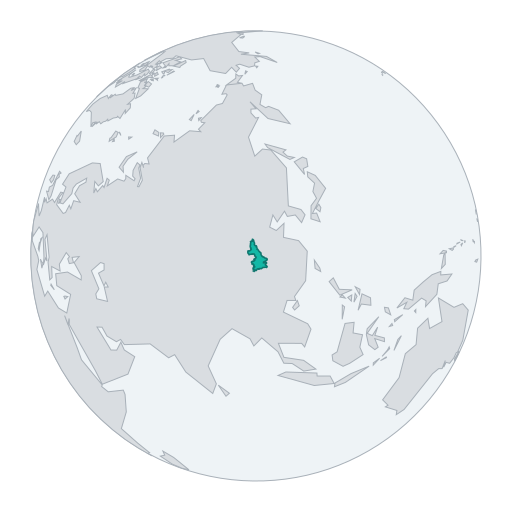 the Earth from above Shaanxi, rotated 324°
{"feature_id": "CHN-1804", "entity_name": "Shaanxi", "entity_type": "Province", "adm_level": 1, "iso_a3": "CHN", "parent_name": "China", "parent_adm1": "", "projection": "orthographic", "projection_center": [108.8, 35.643], "detail": "fine", "context": "on_globe", "style": "filled", "palette": "teal", "viewbox_px": 512, "rotation_deg": 324, "n_neighbors": 0, "source": "natural_earth", "source_scale": "10m", "svg_char_len": 15980}
<svg xmlns="http://www.w3.org/2000/svg" viewBox="0 0 512 512"><g transform="rotate(324 256 256)"><circle cx="256" cy="256" r="225" fill="#eef3f6" stroke="#a8b0b8"/><path d="M460.9,347.3L460.6,348.4L460.4,348.7L460.9,347.3ZM393.8,77.8L393.5,77.6L376.7,67.5L375.8,66.1L371.9,64.4L372.8,66.2L374.3,68.0L361.9,68.9L362.3,80.5L369.9,87.7L362.4,83.9L381.8,100.7L386.9,111.9L376.6,97.2L372.0,94.3L373.1,100.5L368.6,99.0L366.6,101.3L361.2,99.1L355.6,91.3L352.0,90.0L353.0,94.5L348.1,95.7L347.2,89.0L338.7,90.5L327.8,79.1L329.7,65.5L319.1,59.5L309.0,47.0L305.3,47.3L299.2,43.6L292.7,42.7L292.6,41.2L287.5,41.8L288.8,43.4L286.9,44.4L283.2,44.2L282.5,42.0L284.3,41.8L282.1,41.1L283.4,40.2L280.7,40.6L280.3,38.4L275.2,40.3L270.3,38.4L271.5,37.1L278.5,37.5L298.9,37.3L302.3,37.1L300.1,35.8L280.7,32.1L281.3,32.1L298.6,34.8L315.7,38.8L332.5,44.1L348.7,50.7L364.4,58.5L379.5,67.6L393.8,77.8ZM275.0,31.5L275.5,31.6L267.6,31.2L270.9,32.0L268.1,32.1L268.6,33.3L260.8,33.0L252.9,32.3L252.1,31.5L248.7,31.4L243.2,32.4L235.6,31.8L220.6,33.5L238.7,31.4L256.9,30.7L275.0,31.5ZM468.1,184.7L466.4,181.1L467.0,181.1L468.1,184.7ZM465.6,180.6L466.2,181.4L465.8,181.0L465.6,180.6ZM465.5,181.3L465.6,180.8L465.7,181.8L465.5,181.3ZM465.6,182.9L465.5,181.9L465.6,182.1L465.6,182.9ZM465.0,184.1L464.7,184.3L464.5,182.9L465.0,184.1ZM375.7,69.2L373.2,66.5L374.1,65.7L376.7,68.0L375.7,69.2ZM373.4,71.9L371.0,69.8L375.6,71.1L375.5,71.8L373.4,71.9ZM376.4,93.6L375.2,90.4L377.9,94.1L376.4,93.6ZM367.3,102.1L369.0,103.6L367.2,104.2L367.3,102.1ZM272.8,33.5L270.8,33.4L271.7,33.2L272.8,33.5ZM275.0,34.3L277.6,34.1L279.1,34.5L277.4,34.5L275.0,34.3ZM357.3,101.6L353.8,102.4L356.4,100.1L357.3,101.6ZM271.4,34.4L281.3,35.2L283.7,35.9L279.5,36.9L271.4,34.4ZM351.2,102.0L343.0,104.6L346.2,108.0L332.6,100.3L344.1,100.3L346.7,96.9L347.8,100.2L351.2,102.0ZM290.8,44.1L289.2,42.3L293.9,44.1L290.8,44.1ZM294.2,45.0L311.3,50.0L311.7,52.8L305.9,50.4L309.1,54.6L300.9,53.5L297.3,50.9L298.7,49.2L294.5,50.2L294.2,45.0ZM326.3,95.9L323.5,95.6L325.4,94.5L326.3,95.9ZM286.5,44.9L289.9,45.5L290.5,48.0L283.8,47.3L285.8,46.7L286.5,44.9ZM314.0,56.5L313.2,58.4L306.4,58.0L305.2,58.7L300.8,53.8L314.0,56.5ZM283.8,46.0L280.4,46.9L276.7,45.7L283.2,44.6L283.8,46.0ZM293.5,49.0L293.5,50.2L291.3,49.2L293.5,49.0ZM261.9,42.5L265.9,42.7L266.6,43.9L261.9,42.5ZM279.3,47.4L280.6,47.8L281.3,48.4L278.4,48.8L279.3,47.4ZM296.2,54.0L293.5,53.5L297.7,55.9L292.7,56.0L290.7,52.8L289.5,54.2L288.0,54.3L288.0,51.6L296.2,54.0ZM277.6,51.2L273.3,47.6L265.6,46.7L264.8,45.5L277.3,47.3L277.6,51.2ZM283.7,51.6L279.7,51.0L280.8,49.6L284.1,49.2L283.7,51.6ZM290.1,57.3L298.2,58.0L298.4,58.7L290.1,57.3ZM275.1,51.1L276.2,52.0L274.5,51.2L275.1,51.1ZM285.3,55.6L288.1,55.7L288.2,56.5L285.3,55.6ZM276.0,53.9L274.7,52.6L276.9,52.2L276.0,53.9ZM280.1,54.9L279.6,56.0L278.5,52.8L281.4,54.7L280.1,54.9ZM284.9,56.4L285.9,56.9L283.7,56.2L284.9,56.4ZM268.4,56.4L266.5,52.6L271.4,51.5L272.6,55.4L268.4,56.4ZM87.9,106.0L90.0,104.4L84.0,112.1L79.3,128.1L77.5,132.0L70.8,138.1L61.4,164.3L66.9,162.0L65.6,181.9L69.4,190.9L83.5,178.1L77.4,162.9L83.5,152.6L94.1,158.2L100.5,172.6L103.1,169.2L105.0,154.4L112.6,152.5L106.4,149.0L104.4,154.2L100.5,152.4L102.1,147.6L104.7,146.9L104.5,141.7L92.1,147.0L88.7,153.0L84.5,144.4L78.4,153.6L75.1,154.1L84.1,138.8L87.9,135.4L99.5,115.9L95.1,118.4L83.9,137.3L84.6,133.9L78.6,138.4L83.8,132.3L97.4,111.8L97.6,105.0L87.3,109.0L89.6,105.0L96.4,97.3L110.9,85.7L104.0,96.2L109.0,93.1L119.5,84.1L116.5,88.3L119.9,86.2L118.2,90.2L124.8,90.4L124.4,94.3L135.6,89.6L137.0,91.2L129.9,93.3L124.9,97.3L125.0,108.2L127.5,108.9L134.8,105.2L133.9,109.0L141.0,104.1L145.3,109.2L145.9,99.1L154.5,95.4L161.8,96.3L164.8,93.5L152.9,92.2L148.0,93.5L143.6,97.3L130.5,100.3L128.6,97.8L142.8,88.5L141.7,84.2L153.2,79.7L178.3,84.5L184.3,89.6L176.1,106.0L169.7,106.6L169.4,100.9L161.7,109.7L166.1,107.3L165.4,110.8L173.4,108.9L173.3,111.3L181.2,105.6L181.9,108.4L176.9,111.9L189.4,112.4L193.2,117.9L196.1,116.9L198.1,114.2L201.6,123.5L203.6,122.4L203.2,118.9L206.9,114.5L214.8,110.7L215.6,114.1L212.8,115.9L208.3,125.3L200.9,130.2L202.0,131.2L208.6,127.9L214.2,116.4L218.7,113.2L217.0,118.5L217.9,116.3L220.4,115.8L223.6,118.7L225.9,112.9L252.3,105.0L261.1,110.4L256.6,115.6L275.9,115.7L284.4,123.0L284.0,119.6L292.9,118.1L290.4,115.7L290.9,114.0L312.7,110.6L318.5,112.9L327.4,108.7L327.2,107.1L323.5,105.1L332.6,100.3L346.2,108.0L345.9,111.1L354.7,114.3L352.8,121.3L355.4,129.0L348.3,135.7L351.0,141.7L354.1,142.3L360.0,151.4L361.3,169.0L346.5,151.8L341.8,127.7L342.5,136.9L338.2,134.2L336.0,137.3L336.8,144.2L339.5,145.4L319.8,155.4L313.7,174.5L324.1,173.3L330.3,179.0L332.4,202.6L311.6,234.5L319.7,244.8L319.9,251.5L312.5,255.8L311.9,245.9L304.6,242.4L305.4,236.5L293.2,240.9L293.8,232.7L284.0,240.7L287.4,247.3L297.9,246.0L289.2,257.1L299.5,268.6L300.3,282.2L281.6,305.2L263.3,311.4L262.1,315.4L255.0,310.2L245.2,317.5L258.0,341.2L257.5,347.5L241.9,358.2L241.6,353.5L222.8,339.8L219.0,354.4L233.2,368.4L238.0,382.7L227.0,377.2L222.1,364.3L215.5,359.1L217.5,346.4L212.5,325.7L201.4,327.5L202.5,319.5L193.9,300.7L178.1,302.3L152.7,316.8L148.8,336.1L140.2,341.8L131.0,308.6L132.2,288.0L125.5,287.0L118.7,264.9L97.4,250.3L97.4,243.9L92.7,243.3L88.4,233.2L89.6,223.1L85.6,220.0L83.4,246.8L88.0,250.3L96.0,246.3L94.2,254.6L98.7,266.2L83.0,276.3L56.3,269.4L58.7,254.0L64.7,201.5L67.4,198.1L67.6,197.6L68.0,196.6L63.4,201.4L66.1,191.7L57.4,225.2L53.8,237.4L55.8,269.9L54.4,270.9L56.6,279.0L69.8,286.5L68.7,291.0L59.4,305.9L45.6,316.5L50.3,337.8L54.3,352.6L52.2,352.0L54.4,356.6L47.9,342.2L42.3,327.4L37.9,312.3L34.5,296.9L32.1,281.3L30.9,265.5L30.8,249.8L31.8,234.0L33.9,218.4L37.1,202.9L41.3,187.7L46.6,172.8L53.0,158.4L60.3,144.4L68.6,131.0L77.8,118.2L87.9,106.0ZM102.0,197.0L109.2,205.5L115.0,191.9L118.2,194.2L119.0,188.9L115.4,190.9L118.5,177.3L124.9,178.0L128.6,172.9L126.4,169.9L114.2,171.1L109.6,190.2L104.1,192.5L102.0,197.0ZM140.6,72.5L137.1,75.3L133.4,76.4L133.9,73.0L139.3,71.2L140.6,72.5ZM133.0,79.3L146.9,72.0L147.1,74.3L144.6,74.1L143.4,76.4L139.1,76.8L125.6,86.9L121.5,88.7L124.7,80.4L126.0,81.9L129.3,78.8L133.0,79.3ZM182.1,54.0L188.1,52.2L180.8,59.4L176.0,60.3L176.2,56.5L182.0,53.3L182.1,54.0ZM262.1,36.7L264.8,36.5L265.0,37.0L262.8,37.5L262.1,36.7ZM263.7,42.5L250.1,38.4L252.6,37.8L241.6,36.7L243.9,35.0L251.0,35.6L244.5,33.9L251.8,33.8L246.7,32.9L262.1,34.5L268.4,34.8L260.5,35.0L258.2,36.4L259.1,37.2L266.3,39.6L278.7,41.5L278.4,43.8L274.9,44.9L271.9,44.8L273.0,43.2L268.2,44.2L267.5,42.0L263.7,42.5ZM234.0,63.8L236.6,60.8L226.8,64.8L226.1,61.6L225.0,62.2L221.6,60.5L215.6,59.7L216.4,58.2L213.7,58.6L211.4,57.7L208.1,57.8L208.2,55.2L204.1,55.3L206.5,54.1L199.3,55.0L204.7,53.2L202.3,52.2L198.3,54.5L207.3,42.9L206.9,40.3L203.6,39.4L213.2,37.2L222.5,37.0L230.1,38.6L229.1,41.8L233.7,40.5L234.6,41.8L230.6,42.3L237.2,42.4L236.9,43.6L243.7,46.7L253.4,46.7L256.2,48.1L252.2,48.7L257.7,49.7L252.0,52.0L253.9,53.1L250.1,56.8L241.3,57.8L244.0,59.1L241.3,62.3L234.0,63.8ZM267.1,57.4L256.8,58.7L251.3,57.8L260.2,51.9L259.3,50.5L264.8,47.3L272.5,48.8L270.3,49.6L269.9,50.7L267.6,49.7L269.1,51.3L266.0,52.5L266.3,54.2L262.9,54.1L267.1,57.4ZM79.8,131.8L79.3,134.1L79.3,136.8L75.6,140.0L79.8,131.8ZM88.8,117.7L88.9,118.9L83.6,124.2L84.2,122.0L88.8,117.7ZM93.5,115.4L89.3,118.6L91.9,115.6L93.5,115.4ZM130.5,94.5L131.2,95.8L129.5,97.0L127.0,97.6L130.5,94.5ZM204.6,76.9L207.0,74.8L208.3,75.1L216.0,72.5L217.1,75.0L212.9,77.5L204.6,76.9ZM79.9,178.2L76.2,178.6L76.8,175.7L77.9,176.1L79.9,178.2ZM73.7,158.3L73.0,164.8L72.7,159.1L73.7,158.3ZM207.1,79.1L210.2,77.7L208.9,79.9L207.1,79.1ZM218.3,76.7L217.5,79.1L218.1,75.0L218.3,76.7ZM71.0,370.6L76.1,389.6L71.3,384.1L65.9,375.1L61.0,361.7L65.1,363.5L66.0,359.1L71.0,370.6ZM295.2,413.8L302.0,414.2L301.8,414.9L295.2,413.8ZM288.1,411.4L295.9,411.4L286.7,413.2L288.1,411.4ZM299.0,411.3L306.9,409.4L310.3,407.8L309.7,409.5L299.0,411.3ZM282.8,411.6L254.0,410.8L242.6,407.9L245.3,405.2L263.7,407.0L282.8,411.6ZM244.3,405.1L227.0,395.0L203.6,365.6L212.0,367.4L236.5,386.5L234.9,389.0L245.4,396.7L244.3,405.1ZM286.4,390.8L284.7,398.7L268.8,397.9L261.6,396.4L256.6,385.9L259.4,380.8L265.3,381.2L288.4,362.9L296.4,367.3L289.3,375.3L295.9,382.3L286.4,390.8ZM149.6,338.3L153.8,351.4L149.3,351.8L149.6,338.3ZM297.8,349.2L288.5,357.9L297.0,346.4L297.8,349.2ZM303.0,338.2L303.5,342.6L299.8,338.5L303.0,338.2ZM261.7,321.7L255.5,322.4L255.4,319.1L263.3,316.4L261.7,321.7ZM300.8,293.6L300.5,303.3L299.2,306.6L296.5,300.8L300.8,293.6ZM221.1,101.9L209.1,102.4L201.2,105.2L198.0,110.3L197.4,103.7L209.6,99.4L221.1,101.9ZM248.3,104.1L251.1,100.2L253.4,102.1L253.0,103.3L248.3,104.1ZM247.6,101.6L244.6,96.5L248.4,94.5L250.0,98.9L247.6,101.6ZM225.4,86.8L221.7,86.7L222.9,84.8L225.4,86.8ZM354.8,457.9L356.2,456.0L364.3,452.4L359.6,455.6L354.8,457.9ZM329.6,455.0L285.6,467.2L276.2,466.8L279.2,463.8L272.0,454.1L275.1,454.3L273.9,446.8L300.3,438.5L319.4,422.8L333.4,421.8L344.3,409.4L358.5,407.4L353.8,416.7L367.9,418.4L378.9,397.2L386.0,413.9L395.2,416.1L395.9,424.5L373.8,445.7L362.6,452.2L361.1,452.0L356.2,454.7L349.6,456.6L347.3,453.8L342.4,456.3L347.7,451.8L340.4,456.5L337.6,454.5L329.6,455.0ZM429.8,389.2L431.4,388.4L433.6,388.9L430.9,390.7L429.8,389.2ZM456.5,355.9L456.8,356.2L455.3,358.6L456.5,355.9ZM460.4,348.7L458.6,351.9L460.9,347.3L460.4,348.7ZM440.6,372.3L441.3,372.6L440.5,373.6L440.6,372.3ZM439.9,372.4L441.2,369.8L440.8,371.7L439.9,372.4ZM432.5,368.1L433.7,366.4L434.1,366.9L432.5,368.1ZM312.1,413.5L321.7,406.9L326.8,405.9L312.1,413.5ZM431.0,366.9L428.2,368.4L428.6,367.1L431.0,366.9ZM431.3,364.2L431.1,362.9L432.7,365.5L431.3,364.2ZM426.1,363.8L429.4,364.7L425.6,364.3L426.1,363.8ZM424.0,365.3L421.4,365.3L421.6,364.7L424.0,365.3ZM394.3,379.9L403.9,385.7L395.9,388.5L387.1,385.6L379.8,393.3L363.4,396.6L367.3,392.2L365.2,387.4L348.1,388.6L344.6,385.5L350.8,382.1L339.4,380.9L351.9,377.3L356.9,383.9L363.9,376.6L375.9,375.3L387.4,374.6L396.5,377.1L394.3,379.9ZM351.8,393.6L353.9,393.2L352.0,395.7L351.8,393.6ZM416.6,363.7L420.3,365.4L419.8,366.5L418.0,366.8L416.6,363.7ZM398.6,375.1L408.5,365.5L410.7,364.7L404.2,374.0L398.6,375.1ZM406.2,362.4L410.7,361.5L413.0,364.0L412.0,365.3L406.2,362.4ZM326.3,390.5L325.7,392.6L322.5,391.4L326.3,390.5ZM330.5,388.8L340.3,389.7L329.6,390.7L330.5,388.8ZM300.5,383.9L303.3,388.8L312.6,385.0L305.5,390.1L311.7,397.7L309.6,400.8L303.5,392.6L301.2,401.6L297.1,401.6L294.9,394.1L299.1,384.4L303.2,380.2L319.7,377.3L300.5,383.9ZM330.4,382.8L327.8,377.2L329.8,373.0L332.6,375.8L330.4,382.8ZM320.0,363.4L313.0,356.8L306.7,359.9L319.5,348.9L324.1,357.1L320.0,363.4ZM314.1,348.0L308.1,350.9L314.2,344.6L314.1,348.0ZM306.6,348.5L305.9,343.4L310.6,343.8L306.6,348.5ZM317.1,348.0L318.2,339.2L320.6,344.1L317.1,348.0ZM303.8,331.9L313.9,339.9L300.8,336.9L300.1,319.7L305.7,319.1L303.8,331.9ZM333.8,257.8L332.3,252.7L337.3,251.0L336.9,255.0L333.8,257.8ZM352.1,242.2L338.1,248.9L326.6,254.8L330.3,256.9L328.0,266.0L322.3,258.2L330.1,247.7L338.9,244.9L339.9,237.3L346.2,231.5L344.4,222.4L347.0,218.0L351.3,225.6L352.1,242.2ZM343.2,218.6L342.3,202.3L351.8,203.3L354.1,207.1L350.6,214.0L345.7,213.0L343.2,218.6ZM344.9,198.8L340.2,197.8L329.1,175.1L329.1,170.7L342.6,187.7L338.9,187.8L340.0,193.5L344.9,198.8ZM324.5,97.4L323.6,95.8L326.0,97.0L324.5,97.4ZM289.3,112.8L290.4,110.7L293.1,111.9L289.3,112.8ZM294.9,105.7L291.0,105.7L294.7,104.2L294.9,105.7ZM282.3,106.4L289.2,105.1L283.1,108.4L282.3,106.4Z" fill="#d9dde1" stroke="#a8b0b8" stroke-width="1"/><path d="M257.8,271.5L257.6,271.4L257.3,270.9L257.1,270.7L256.9,270.5L256.0,270.1L255.8,270.0L255.5,269.9L255.3,269.6L255.1,269.5L255.0,269.4L254.9,269.3L254.6,269.3L254.3,269.3L254.2,269.3L253.8,269.4L253.6,269.4L253.4,269.5L252.8,269.4L252.6,269.1L252.4,268.9L252.2,268.8L252.1,268.7L251.8,268.7L251.6,268.7L251.5,268.2L251.3,268.2L250.9,268.5L250.7,268.5L250.3,268.2L250.3,267.9L250.4,267.7L250.2,267.5L249.5,267.4L249.1,267.3L248.8,267.6L248.5,267.6L248.2,267.7L247.7,267.9L247.1,267.6L246.9,267.4L246.9,267.2L247.1,266.9L246.9,266.8L246.3,266.9L246.2,266.9L246.1,267.2L245.8,267.2L245.5,267.4L245.4,267.4L245.3,267.0L245.1,266.6L245.7,266.7L245.9,266.6L246.1,266.4L246.3,266.4L246.5,266.1L246.4,265.6L246.5,265.4L246.3,265.3L246.0,265.1L245.9,265.0L245.9,264.8L245.9,264.7L246.1,264.6L246.3,264.3L246.7,264.1L246.8,264.0L246.8,263.9L247.1,263.8L247.2,264.0L247.4,264.1L247.8,263.9L248.0,263.9L248.3,263.9L248.3,264.1L248.6,264.1L248.7,263.9L248.6,263.7L248.4,263.5L248.3,263.1L248.5,262.9L248.4,262.9L248.2,262.7L248.5,262.2L248.6,261.9L248.8,261.8L248.7,261.4L249.0,261.4L249.1,261.2L249.1,260.9L249.0,260.7L248.9,260.6L248.7,260.4L248.1,260.3L248.0,260.2L248.2,259.9L248.3,259.6L248.5,259.5L248.6,259.3L248.7,259.2L248.6,258.7L248.6,258.4L248.9,258.1L249.0,258.1L249.5,258.1L249.9,258.1L250.0,258.2L250.4,258.3L250.5,258.6L250.9,258.9L251.1,258.8L251.2,258.7L251.3,258.8L251.6,258.7L251.8,258.8L252.0,258.6L252.5,258.7L252.9,258.6L252.9,258.4L252.7,258.2L252.4,257.6L252.6,257.5L252.6,257.4L253.0,257.4L253.2,257.5L253.3,257.6L253.9,257.4L254.1,257.4L254.3,257.5L254.6,257.4L254.9,257.5L255.0,257.4L255.4,257.0L255.4,256.4L255.2,256.1L255.1,255.9L255.1,255.4L255.0,255.1L255.3,254.9L255.4,254.7L255.5,254.7L255.7,254.1L255.7,253.9L255.5,253.7L255.7,253.4L255.7,253.2L255.4,252.9L255.2,252.8L254.8,252.8L254.7,252.7L254.6,252.4L254.3,252.4L254.2,252.2L254.0,252.4L253.6,252.2L253.3,251.9L253.1,251.6L252.7,251.4L252.3,251.3L252.1,251.3L252.0,251.2L251.9,251.1L251.7,251.1L251.2,251.0L251.3,250.7L251.2,250.5L251.4,250.0L251.3,249.6L251.1,249.4L251.2,248.9L251.4,248.6L251.4,248.4L251.8,247.9L251.9,247.7L252.3,247.6L252.5,247.5L252.5,247.3L253.2,247.5L253.3,247.6L253.5,247.9L253.5,248.0L254.2,248.1L254.5,248.2L255.1,248.0L255.5,248.1L255.9,248.0L255.9,247.9L255.9,247.6L255.9,247.1L256.0,247.0L256.1,246.8L256.4,247.1L256.6,246.8L256.7,246.4L256.5,246.1L256.5,245.9L256.6,245.6L256.6,245.4L256.8,245.1L257.1,244.8L257.1,244.6L257.6,244.3L257.6,244.1L257.8,244.0L257.8,243.8L258.0,243.6L258.3,243.6L258.4,243.4L258.6,243.2L258.7,242.8L259.1,242.6L259.2,242.4L259.5,242.1L260.2,241.7L260.0,241.2L260.3,241.1L260.5,241.4L260.7,241.5L260.8,241.5L260.9,241.4L261.2,241.3L261.3,241.4L261.5,241.7L261.6,241.8L261.7,241.7L261.9,241.4L262.2,240.9L262.4,240.8L262.6,240.6L262.9,240.5L263.0,240.4L263.1,240.5L262.8,241.1L263.0,241.2L263.1,241.3L263.3,241.4L263.4,241.5L263.2,242.0L263.1,242.5L262.7,242.7L262.6,242.8L262.7,243.1L262.7,243.5L262.4,244.2L262.5,244.4L262.4,244.6L262.3,244.9L262.1,245.0L261.9,245.3L261.5,245.6L261.5,245.8L261.3,245.9L261.3,246.0L261.3,246.3L261.3,246.9L261.5,247.0L261.8,247.4L262.0,247.6L261.9,247.8L262.2,247.9L262.2,248.0L262.2,248.4L262.1,248.5L262.0,248.8L261.9,248.9L261.7,249.0L261.9,249.2L261.8,249.5L261.7,249.6L261.4,250.0L261.3,250.3L261.2,250.4L261.1,250.5L260.9,250.6L261.0,250.6L261.1,250.8L261.0,251.0L260.9,251.1L261.1,251.2L261.0,251.3L261.0,251.5L261.1,251.8L261.3,252.2L261.4,252.5L261.3,253.2L261.3,253.5L261.2,253.8L261.2,254.0L261.4,254.6L261.4,255.0L261.5,255.0L261.7,255.7L261.8,256.0L261.8,256.3L261.6,256.5L261.6,256.8L261.4,256.9L261.2,257.3L261.0,257.5L260.9,257.7L260.9,258.1L260.7,258.7L260.7,259.0L260.6,259.3L260.7,259.8L260.8,259.9L260.8,260.0L261.0,260.0L261.0,260.4L260.9,260.5L261.0,260.7L261.1,260.8L261.4,260.9L261.4,261.0L261.3,261.4L261.5,261.5L261.9,261.8L261.8,262.2L261.9,262.3L262.0,262.5L261.9,262.8L262.0,263.0L262.4,263.2L262.5,263.4L262.5,263.5L262.8,263.8L263.1,264.0L263.2,264.3L263.2,264.6L263.3,264.8L263.1,265.3L262.9,265.5L262.6,265.6L262.4,265.8L262.1,265.8L262.0,265.7L261.8,265.4L261.7,265.4L261.4,265.7L260.7,265.7L260.3,265.5L259.8,265.5L259.5,265.4L259.1,265.4L258.8,265.3L258.6,265.5L258.4,265.4L258.2,265.6L258.1,265.8L258.3,265.8L258.5,265.9L258.8,265.9L259.1,266.0L259.2,266.5L259.2,266.8L259.4,266.8L259.5,266.7L259.8,266.8L260.3,267.0L260.4,267.3L260.5,267.4L260.5,267.7L260.5,267.8L260.2,267.9L260.2,268.0L259.8,268.0L259.6,268.0L259.4,268.1L259.2,267.9L259.0,268.0L258.8,268.0L258.7,268.1L258.5,268.7L258.3,268.9L258.5,269.4L258.7,269.5L258.8,269.8L258.9,270.0L258.7,270.6L258.7,271.0L258.7,271.3L257.8,271.5Z" fill="#14b8a6" stroke="#0f766e" stroke-width="1.5"/></g></svg>